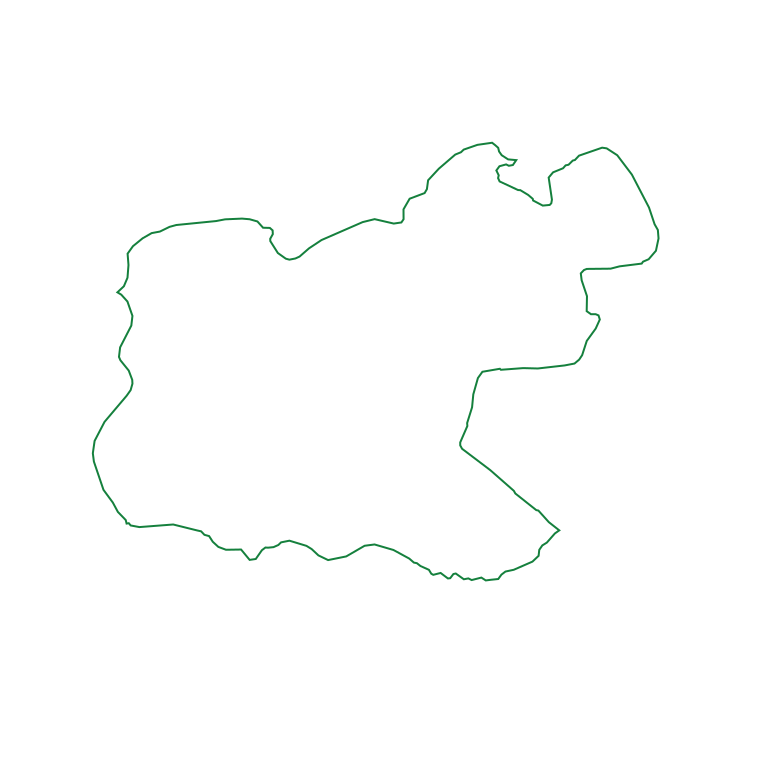 the district of Ipala, Chiquimula, Guatemala, rotated 258°
{"feature_id": "79465075B7392170561334", "entity_name": "Ipala", "entity_type": "district", "adm_level": 2, "iso_a3": "GTM", "parent_name": "Guatemala", "parent_adm1": "Chiquimula", "projection": "orthographic", "projection_center": [-89.607, 14.58], "detail": "fine", "context": "isolated", "style": "outline", "palette": "green", "viewbox_px": 768, "rotation_deg": 258, "n_neighbors": 0, "source": "geoboundaries", "source_scale": "gbopen_adm2", "svg_char_len": 2620}
<svg xmlns="http://www.w3.org/2000/svg" viewBox="0 0 768 768"><g transform="rotate(258 384 384)"><path d="M575.5,559.9L577.9,552.1L583.3,546.7L587.5,544.9L591.3,544.8L594.4,542.5L597.5,539.9L598.5,525.1L596.7,510.7L594.7,507.5L593.6,501.4L583.2,482.4L574.1,469.5L565.7,466.5L562.3,463.4L559.9,447.6L550.8,439.4L541.1,437.4L538.4,434.6L538.9,426.9L547.2,409.1L546.8,396.8L537.8,352.8L532.3,338.9L526.2,327.9L525.2,323.4L525.3,317.3L527.0,314.0L534.2,307.4L547.4,302.5L549.7,302.9L553.7,306.4L557.4,307.0L560.4,304.8L562.0,298.2L569.3,294.0L573.1,286.8L575.3,279.5L578.1,262.8L578.3,253.6L582.7,213.9L582.3,206.9L579.7,196.5L579.9,188.1L576.7,178.2L571.0,167.1L564.8,160.3L553.5,158.8L541.3,155.2L533.7,149.9L529.1,142.3L526.0,145.6L518.0,150.2L502.9,152.1L493.7,149.0L474.7,133.5L465.6,130.4L462.0,131.1L450.2,137.1L440.4,138.6L436.6,138.0L430.7,134.9L426.0,129.8L405.1,102.8L388.5,89.1L376.8,84.8L368.4,84.1L338.8,87.6L324.4,94.1L314.2,97.1L304.6,103.1L301.0,103.2L300.9,105.4L298.3,106.8L294.9,115.0L290.4,148.6L279.6,170.8L277.9,174.5L273.8,177.0L271.6,181.3L265.3,183.7L259.1,188.1L254.7,195.0L251.8,209.8L239.9,216.0L239.5,222.2L246.8,230.0L248.7,234.0L248.0,236.6L247.4,242.0L248.5,247.2L250.5,250.4L250.4,258.9L241.8,274.5L237.6,278.9L230.0,284.2L223.4,292.7L223.2,311.2L229.8,331.4L229.0,341.4L219.7,358.7L208.0,372.4L203.1,376.1L201.9,378.9L198.4,381.8L192.9,389.3L188.6,390.8L187.1,392.5L187.4,400.1L180.5,406.1L180.3,408.4L183.7,412.4L183.7,414.8L176.4,421.5L176.3,426.1L174.0,429.0L174.4,439.0L170.7,442.7L170.3,447.6L169.5,455.2L173.1,459.2L175.3,463.8L175.3,472.3L179.4,492.3L183.8,499.5L189.5,501.4L193.2,505.3L195.0,510.3L202.3,520.1L204.4,525.0L214.6,516.5L228.1,508.7L229.0,506.7L249.6,489.7L252.5,488.8L277.7,470.0L304.4,446.9L308.1,445.8L311.0,446.4L325.6,456.8L328.5,457.2L342.9,465.3L355.3,469.2L370.3,477.1L375.5,482.8L374.8,500.5L373.6,501.3L370.6,523.5L367.2,537.7L364.6,564.6L364.4,574.6L367.3,580.0L371.0,583.8L384.0,591.3L394.2,602.6L402.2,608.5L406.5,608.1L408.3,605.5L409.2,601.0L413.1,597.4L427.7,600.8L444.4,598.9L451.3,599.5L453.9,603.3L454.4,606.3L449.7,629.6L450.1,638.9L448.2,661.1L449.8,662.8L451.0,668.8L457.8,677.7L469.3,682.8L477.7,683.9L484.0,681.9L501.5,679.9L537.3,670.0L559.3,659.7L568.2,650.8L569.8,646.5L566.8,622.2L563.4,617.3L563.3,615.1L560.1,610.1L560.1,607.1L557.8,604.0L555.9,593.4L551.7,588.0L529.4,586.6L526.0,585.2L524.7,583.3L525.5,576.4L532.5,568.0L534.2,568.0L539.0,564.3L545.3,557.6L545.8,555.5L558.1,539.2L561.7,538.4L564.3,539.6L569.5,538.3L573.0,542.2L573.4,549.1L571.5,551.5L571.4,555.6L575.5,559.9Z" fill="none" stroke="#15803d" stroke-width="2"/></g></svg>